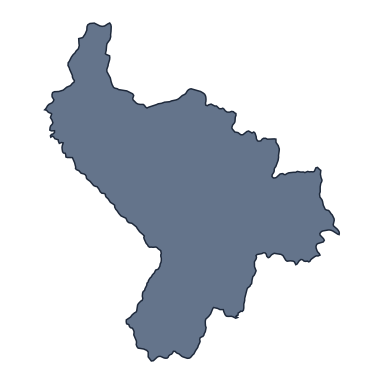 the district of Ituiutaba, Minas Gerais, Brazil
{"feature_id": "56859067B2687887940000", "entity_name": "Ituiutaba", "entity_type": "district", "adm_level": 2, "iso_a3": "BRA", "parent_name": "Brazil", "parent_adm1": "Minas Gerais", "projection": "albers", "projection_center": [-49.543, -18.985], "detail": "fine", "context": "isolated", "style": "filled", "palette": "slate", "viewbox_px": 384, "rotation_deg": 0, "n_neighbors": 0, "source": "geoboundaries", "source_scale": "gbopen_adm2", "svg_char_len": 5951}
<svg xmlns="http://www.w3.org/2000/svg" viewBox="0 0 384 384"><path d="M237.6,317.5L235.9,316.4L236.8,315.4L238.0,315.2L238.2,313.0L239.7,312.2L240.6,311.2L242.2,311.4L243.4,310.2L243.8,308.0L243.8,303.9L244.2,302.7L244.7,300.4L244.7,298.4L247.0,289.3L247.6,288.0L250.0,286.1L250.5,284.8L251.6,283.7L252.1,279.8L252.8,276.7L254.2,275.2L255.0,273.6L256.1,270.8L254.5,266.7L254.4,261.8L256.1,259.0L256.5,257.3L256.0,255.6L257.1,254.5L261.9,253.6L263.4,252.8L264.9,252.8L266.2,254.1L266.8,256.3L268.2,257.7L269.5,257.2L271.5,254.8L274.1,253.3L281.1,254.4L283.0,255.6L285.7,260.2L287.1,261.2L290.3,260.8L293.0,261.1L294.4,261.8L295.8,264.7L297.1,264.0L299.1,261.0L300.9,259.5L302.5,259.7L304.0,261.1L305.6,261.4L307.3,261.1L308.8,261.9L310.0,261.2L310.8,259.7L311.8,258.8L314.8,256.6L316.5,255.8L318.0,256.0L320.0,255.1L319.2,253.5L317.9,252.2L317.1,250.9L316.1,248.0L316.0,246.3L316.6,244.6L317.5,243.7L323.3,241.9L324.3,240.3L323.5,238.7L320.1,235.1L319.8,233.7L320.7,232.3L321.9,231.3L323.1,230.9L328.2,230.0L329.7,230.0L331.2,230.3L333.0,231.1L337.8,234.2L339.1,234.6L339.3,233.2L339.1,231.9L338.3,230.5L337.1,229.0L333.6,226.0L333.2,224.6L334.2,220.5L334.1,218.8L332.2,214.9L331.0,213.7L329.3,211.1L328.1,210.3L326.7,210.1L325.2,209.3L323.3,205.2L322.5,201.2L321.9,199.7L319.9,197.0L319.5,193.9L320.2,191.9L320.2,186.8L320.8,183.3L321.7,181.7L322.0,180.1L321.0,177.5L320.4,174.3L320.8,170.4L319.7,169.6L317.5,167.4L315.9,167.8L314.3,171.4L312.9,171.9L311.3,171.7L309.5,171.9L307.7,171.4L304.9,172.6L303.5,172.0L300.7,172.1L297.3,171.4L295.7,172.3L293.4,172.3L288.8,172.8L287.1,173.5L285.4,174.6L284.0,174.5L282.8,173.6L281.6,173.7L280.1,174.0L276.3,177.5L275.1,177.9L273.4,178.0L272.0,176.6L272.2,174.7L273.7,172.5L274.2,171.0L274.2,169.4L274.7,167.9L275.8,166.6L278.1,160.4L278.6,157.3L278.5,155.5L279.2,150.7L279.3,149.0L278.2,145.6L276.0,142.4L275.9,139.1L274.3,138.9L267.4,139.2L265.7,138.3L263.5,138.3L262.0,139.3L260.9,140.8L258.9,141.2L257.5,140.8L256.4,138.9L256.2,136.7L255.0,133.1L253.8,132.0L252.0,133.0L248.6,131.0L246.9,131.5L242.9,134.7L240.9,134.8L238.0,132.6L234.8,132.0L232.1,128.7L231.9,127.3L232.6,125.1L234.6,122.6L235.0,121.3L235.3,117.2L236.0,115.3L235.9,113.5L234.5,112.8L233.4,111.7L231.6,111.4L229.4,112.2L227.2,112.1L225.3,110.9L224.0,109.1L222.8,108.2L221.2,108.8L219.2,108.6L216.5,106.0L214.7,106.0L211.1,104.1L208.9,104.7L207.3,105.7L205.7,105.1L205.5,102.9L205.9,101.3L206.0,99.2L205.8,97.0L205.4,95.6L204.6,94.2L203.3,93.1L200.6,91.5L191.2,88.8L190.0,89.0L188.6,89.7L187.5,90.7L185.6,93.7L184.1,94.7L182.3,95.5L179.1,98.4L177.5,99.4L175.8,100.0L171.5,100.9L169.7,101.7L164.5,102.2L161.5,103.3L158.2,103.8L156.5,104.6L148.6,107.2L147.0,108.0L145.5,107.0L144.5,105.4L143.2,104.4L140.1,104.4L138.3,104.1L136.5,103.3L133.0,99.8L132.7,98.1L133.3,96.9L133.7,95.4L132.6,93.8L126.8,90.9L118.7,89.6L117.2,88.7L114.6,88.1L113.5,87.3L112.1,84.6L111.2,81.9L110.3,77.9L106.9,71.6L106.8,69.4L108.1,65.7L108.2,64.4L109.6,59.7L109.8,57.7L109.6,55.8L106.4,54.5L105.4,53.7L106.2,50.4L106.6,45.5L107.0,43.6L109.9,39.6L110.7,36.8L110.6,34.7L111.0,31.4L111.2,26.8L110.9,24.9L109.7,23.0L107.8,23.9L104.6,26.0L102.2,26.4L99.9,25.9L94.3,23.1L89.9,23.5L87.8,24.8L87.0,26.7L86.8,30.2L85.1,34.1L82.7,37.6L78.7,38.6L79.0,43.8L79.3,45.4L78.4,48.7L76.1,51.0L75.0,52.9L73.1,54.7L71.4,57.1L69.2,61.5L68.2,62.7L68.0,65.5L69.3,67.9L69.6,69.2L72.4,75.5L72.4,77.0L73.2,79.0L74.4,80.6L74.0,82.2L72.5,83.2L70.5,85.6L66.7,87.2L63.3,90.1L58.8,91.5L54.4,91.7L52.6,92.6L52.0,94.6L52.1,96.8L53.9,99.8L53.3,101.4L51.9,102.9L49.0,104.3L47.6,105.7L45.9,108.6L44.7,109.8L46.7,110.3L47.7,111.7L49.3,112.8L50.7,113.1L51.7,114.0L50.4,117.6L51.9,119.9L52.9,122.7L52.4,124.0L50.6,126.0L50.1,127.5L49.8,130.1L51.4,130.9L54.5,130.7L54.5,132.5L53.1,133.9L51.5,134.4L50.4,135.8L50.8,137.2L52.5,136.1L53.8,137.1L54.8,138.7L58.2,139.8L58.5,141.6L59.3,143.4L61.5,142.5L63.2,142.9L62.2,146.0L62.0,147.6L62.2,149.6L62.6,151.8L63.5,153.0L65.3,153.3L65.8,155.3L65.9,157.0L67.2,157.5L72.4,157.6L74.6,162.7L75.7,167.1L75.5,168.5L76.4,169.6L78.9,170.7L81.1,173.2L84.0,174.0L85.4,174.8L86.2,176.3L86.4,178.0L87.2,179.2L90.1,181.3L93.6,185.5L95.3,186.3L97.1,186.7L98.9,189.1L100.2,191.7L101.8,193.2L104.3,193.5L105.4,194.3L105.5,195.8L106.1,197.0L108.1,198.8L110.4,202.3L113.2,204.1L114.6,205.2L114.7,207.1L115.7,209.2L116.9,210.5L118.9,213.5L121.0,215.9L125.9,218.2L127.4,221.5L128.9,222.7L131.9,223.3L136.4,226.9L137.2,228.4L139.6,231.7L143.2,234.8L144.3,236.0L143.8,237.4L144.1,238.8L146.2,243.4L147.5,244.8L148.3,246.3L149.5,247.2L151.4,247.1L153.1,247.3L155.8,247.0L157.2,247.7L158.2,248.8L160.7,250.6L161.3,253.5L160.8,254.7L160.8,256.2L161.3,258.2L161.3,260.6L161.0,262.3L160.3,263.7L159.8,266.4L159.0,267.8L158.1,269.2L155.6,270.1L154.4,272.8L152.4,274.9L151.4,276.8L150.0,278.1L148.5,280.5L148.2,281.9L147.0,283.2L146.7,285.4L145.1,288.5L144.6,290.4L143.2,291.5L142.6,293.0L142.3,296.2L142.8,298.4L142.2,300.4L140.8,301.1L138.5,303.5L137.6,305.0L136.7,310.9L135.8,312.3L134.6,312.8L132.2,314.8L130.5,317.1L126.3,319.9L126.2,321.8L126.6,323.8L128.8,324.6L129.5,326.6L130.5,327.7L132.4,328.2L133.4,329.9L134.1,331.8L133.8,334.9L136.4,341.0L136.5,342.9L136.2,344.6L137.0,346.7L138.1,348.1L143.7,349.0L146.8,350.4L148.2,352.0L148.2,356.9L151.3,361.0L153.4,360.7L157.3,357.1L158.8,356.4L160.6,356.4L164.2,358.0L165.7,358.2L167.1,358.1L168.1,357.3L168.8,355.8L170.1,354.7L171.6,354.1L172.6,352.9L173.4,351.3L175.2,351.4L176.1,352.5L177.1,353.2L178.9,353.8L181.8,356.3L183.0,356.9L187.3,358.3L189.1,358.2L190.5,357.5L192.8,354.8L193.8,354.0L195.6,350.6L197.7,347.5L198.3,345.5L199.7,342.7L200.1,341.2L199.7,339.7L200.0,338.0L201.7,336.8L202.8,336.5L203.9,335.1L204.2,333.7L205.3,331.7L206.1,327.6L205.5,325.9L205.3,323.3L205.3,321.0L205.7,319.2L208.7,316.4L210.6,313.9L212.8,308.5L213.6,307.5L217.6,308.4L220.0,309.6L223.3,309.6L223.7,311.4L225.1,314.7L226.3,316.1L227.9,316.4L231.4,316.3L232.8,316.7L235.7,318.2L237.6,317.5Z" fill="#64748b" stroke="#1e293b" stroke-width="1.5"/></svg>